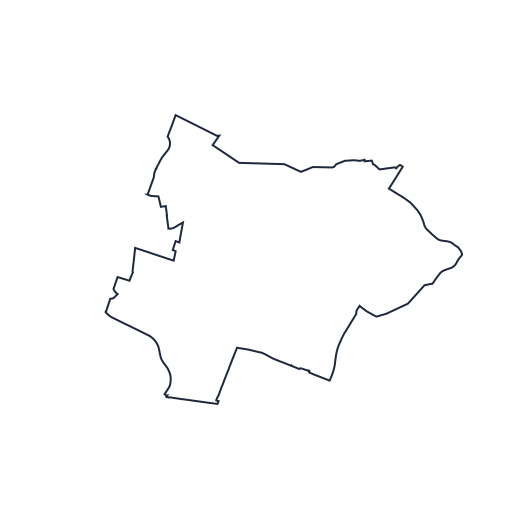 the district of Drimmelen, Noord-Brabant, Netherlands, rotated 42°
{"feature_id": "6326949B3496624998105", "entity_name": "Drimmelen", "entity_type": "district", "adm_level": 2, "iso_a3": "NLD", "parent_name": "Netherlands", "parent_adm1": "Noord-Brabant", "projection": "mercator", "projection_center": [4.754, 51.698], "detail": "fine", "context": "isolated", "style": "outline", "palette": "slate", "viewbox_px": 512, "rotation_deg": 42, "n_neighbors": 0, "source": "geoboundaries", "source_scale": "gbopen_adm2", "svg_char_len": 5671}
<svg xmlns="http://www.w3.org/2000/svg" viewBox="0 0 512 512"><g transform="rotate(42 256 256)"><path d="M102.0,205.1L106.2,215.4L108.7,222.0L109.0,222.8L109.6,224.2L110.5,226.5L112.0,226.8L113.3,227.3L114.1,227.8L114.8,228.2L115.2,228.5L115.5,228.7L116.1,229.2L116.5,229.6L116.8,229.9L117.3,230.5L118.2,231.8L118.4,232.3L118.7,232.9L118.9,233.2L119.3,234.5L119.4,235.1L119.5,235.7L119.6,236.4L119.7,237.0L119.9,241.5L120.0,241.5L120.2,245.4L120.6,247.4L121.1,249.6L122.2,253.7L122.7,255.9L123.6,258.2L123.3,258.4L124.7,261.8L124.9,262.3L125.1,262.7L125.5,263.3L125.9,263.9L127.3,265.7L128.2,267.8L132.2,277.7L133.8,281.6L134.3,282.9L134.2,283.0L134.7,282.9L137.8,281.6L138.0,281.5L143.6,277.0L152.4,283.1L155.0,280.0L155.6,279.3L157.5,281.0L158.5,281.8L162.8,285.5L162.6,285.7L167.4,289.8L171.3,293.1L171.5,293.2L172.1,293.7L172.6,294.3L174.2,292.9L174.4,292.7L174.6,292.4L175.5,291.1L175.7,290.8L175.9,290.4L176.8,287.8L177.7,284.6L179.3,280.0L185.1,289.4L188.2,294.4L190.0,297.2L186.3,298.7L190.1,307.2L193.1,306.2L197.9,314.5L193.5,316.5L189.7,318.2L187.1,319.3L183.5,320.9L180.9,322.0L177.6,323.5L175.1,324.5L171.5,326.1L160.9,330.8L161.0,330.9L160.9,331.0L161.0,331.2L161.7,332.1L163.4,334.5L166.6,338.9L168.0,340.9L168.2,341.0L168.3,341.2L168.7,341.8L169.3,342.7L170.3,344.1L173.8,349.0L174.6,350.1L175.4,350.5L175.5,350.6L175.6,351.0L176.1,352.5L178.5,359.1L175.7,360.3L167.2,364.3L168.5,367.3L169.8,370.2L169.8,370.4L169.9,370.7L170.2,371.2L172.2,375.9L172.9,376.2L173.5,376.4L174.1,376.6L174.8,376.7L175.4,376.9L176.7,377.0L177.4,377.0L178.0,377.0L178.6,376.9L178.4,381.3L178.1,383.2L176.3,385.4L176.7,386.1L176.8,386.3L177.1,387.0L177.7,388.5L178.2,389.6L178.5,390.3L179.7,393.0L181.9,397.9L181.7,397.9L181.8,398.2L181.7,398.2L181.8,398.4L181.9,398.5L184.9,398.5L186.4,398.5L188.0,398.4L188.7,398.3L189.7,398.1L194.3,396.8L197.2,396.0L202.6,394.5L209.4,392.5L214.0,391.2L215.7,390.7L226.5,387.7L229.7,386.8L230.4,386.6L231.0,386.5L232.0,386.4L232.7,386.3L233.5,386.3L235.2,386.3L236.0,386.4L237.3,386.5L237.9,386.6L238.5,386.7L239.6,387.0L240.7,387.3L241.8,387.7L242.6,388.0L243.0,388.2L244.1,388.8L244.6,389.0L245.3,389.5L245.9,389.9L246.9,390.6L248.6,391.9L250.4,393.2L251.2,393.8L252.9,395.0L253.9,395.5L254.7,395.9L255.6,396.3L256.5,396.6L257.2,396.8L258.1,397.1L259.4,397.4L264.6,398.4L265.3,398.6L266.8,399.1L268.6,399.9L269.7,400.5L270.7,401.0L272.1,401.9L273.1,402.7L274.0,403.5L275.2,404.8L276.0,405.8L277.1,407.2L278.1,408.9L278.4,409.3L279.2,411.5L279.3,412.0L280.1,417.0L280.4,419.4L280.5,419.8L281.7,419.6L281.9,419.8L282.1,419.8L282.6,420.2L283.1,420.0L283.5,419.2L283.7,419.8L283.7,420.0L283.9,420.5L284.1,420.4L284.2,420.5L285.7,419.5L285.9,419.4L286.0,419.4L286.1,419.2L286.3,418.9L290.6,416.0L294.5,413.4L295.0,413.1L296.3,412.3L296.4,412.1L300.1,409.6L318.1,397.4L326.3,391.8L326.1,391.1L325.3,388.9L323.0,389.9L322.9,389.8L321.6,385.9L321.6,385.7L321.6,385.4L321.6,385.2L320.7,382.7L320.5,382.2L318.9,378.4L318.7,377.9L316.8,372.6L316.3,371.5L314.6,367.0L312.2,360.7L311.6,358.8L310.7,356.7L307.5,348.3L307.4,347.9L307.1,347.2L305.5,342.9L304.7,340.8L304.4,339.8L303.9,338.6L303.3,336.9L310.5,332.2L312.7,330.8L323.2,325.1L325.3,323.9L327.8,323.1L337.0,320.9L344.0,318.4L345.4,317.8L349.1,316.4L356.5,313.7L356.4,313.6L356.5,313.6L363.1,311.3L363.1,311.2L363.3,311.1L363.9,310.9L363.8,310.5L363.9,310.3L363.9,310.1L364.0,309.9L364.4,309.6L365.1,309.2L366.3,308.6L370.2,306.9L370.5,306.7L370.9,306.5L371.4,306.1L371.8,305.7L372.5,305.8L372.3,306.5L373.6,306.9L374.6,306.6L375.6,306.2L376.7,305.9L379.7,304.8L381.7,304.0L383.7,303.3L385.7,302.5L389.3,301.2L394.1,299.3L393.0,296.0L392.4,294.4L391.8,292.8L391.1,291.2L390.3,289.5L390.0,288.8L389.0,287.0L388.2,285.5L387.6,284.5L386.1,282.4L383.5,278.6L383.2,278.2L381.6,275.7L380.7,274.2L380.2,273.4L379.8,272.6L378.6,270.3L377.7,268.1L377.0,266.5L376.3,264.3L375.8,262.8L375.7,262.5L375.5,261.9L375.3,261.2L374.7,259.3L374.2,257.5L373.9,256.4L373.6,255.4L373.4,254.5L373.1,252.6L372.6,249.9L372.4,249.1L371.9,246.0L371.5,243.9L371.2,242.5L371.1,241.8L370.9,240.9L370.5,238.7L370.4,238.0L370.0,236.0L369.6,233.7L369.4,232.7L369.3,232.2L369.2,232.0L369.1,231.8L368.9,231.5L368.5,231.0L368.2,230.7L367.9,230.4L367.3,229.2L366.3,223.7L367.8,223.7L371.5,223.4L375.4,223.0L379.3,222.1L380.7,221.8L386.0,220.5L391.5,211.7L400.8,189.7L400.8,184.3L400.8,173.6L400.8,169.2L400.8,166.9L400.8,164.9L405.0,159.3L405.7,158.5L404.9,152.6L404.7,150.2L404.4,146.7L404.3,145.0L404.5,143.5L405.0,141.9L405.5,140.6L406.7,138.3L408.4,135.3L409.0,134.3L409.6,132.6L409.9,130.7L410.0,129.4L409.7,127.3L409.2,125.7L408.8,123.5L408.5,121.3L408.5,119.1L408.5,118.2L408.2,117.1L407.3,116.4L406.4,115.9L404.8,115.2L400.5,114.3L396.3,115.0L393.3,115.1L390.8,115.8L388.5,117.0L387.9,117.4L383.6,120.4L381.1,121.6L378.2,122.0L372.9,122.1L364.3,121.9L361.2,120.9L357.5,118.6L353.6,116.6L350.4,115.3L346.0,114.1L340.8,113.5L335.0,113.0L326.6,113.9L316.9,115.7L310.6,116.8L309.7,117.0L307.9,106.1L307.3,102.9L305.3,91.5L304.7,91.5L303.1,91.7L302.7,91.9L302.3,92.0L302.2,92.1L302.0,92.3L301.9,92.4L301.8,92.6L301.8,93.0L301.5,94.3L301.4,95.2L301.4,95.7L301.6,96.5L301.7,97.0L302.0,97.7L301.9,97.6L301.7,97.4L301.5,97.2L301.4,97.2L301.1,97.1L300.7,97.0L300.4,97.0L300.1,97.2L299.8,97.3L299.3,97.9L295.7,102.1L293.3,104.9L292.8,105.6L292.3,106.2L290.8,107.9L290.1,108.7L290.0,108.8L289.8,109.0L289.5,109.0L284.1,108.9L283.3,108.9L281.6,109.5L278.3,107.6L273.4,112.9L272.3,111.9L269.4,115.9L264.9,119.1L258.4,125.7L254.2,134.1L254.4,137.4L253.4,139.2L248.4,143.5L238.7,151.9L235.9,157.7L233.1,163.4L215.6,168.8L181.1,198.1L149.6,202.6L148.2,191.1L146.6,192.8L102.0,205.1Z" fill="none" stroke="#1e293b" stroke-width="2"/></g></svg>